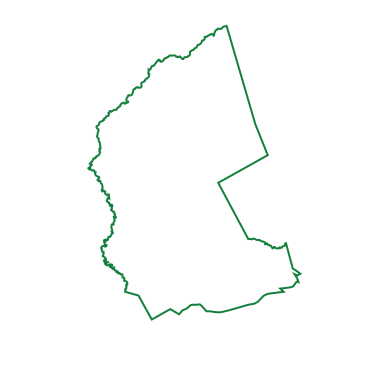 Lavalle, Mendoza, Argentina (Natural Earth projection), rotated 241°
{"feature_id": "61730980B15586340414503", "entity_name": "Lavalle", "entity_type": "district", "adm_level": 2, "iso_a3": "ARG", "parent_name": "Argentina", "parent_adm1": "Mendoza", "projection": "natural_earth1", "projection_center": [-67.695, -32.596], "detail": "fine", "context": "isolated", "style": "outline", "palette": "green", "viewbox_px": 384, "rotation_deg": 241, "n_neighbors": 0, "source": "geoboundaries", "source_scale": "gbopen_adm2", "svg_char_len": 6012}
<svg xmlns="http://www.w3.org/2000/svg" viewBox="0 0 384 384"><g transform="rotate(241 192 192)"><path d="M220.8,280.3L320.6,302.8L320.8,301.2L321.3,300.1L321.2,298.5L320.6,297.4L320.9,296.5L320.7,295.8L322.4,293.8L321.7,292.4L321.9,291.2L321.6,290.6L320.2,288.6L319.0,287.9L318.7,287.2L318.3,287.0L318.3,286.6L319.5,286.7L320.8,285.8L320.7,284.9L321.0,284.0L320.8,282.3L321.1,281.4L320.6,280.9L320.7,280.4L320.9,279.3L321.5,278.4L320.1,277.6L319.4,276.6L319.5,275.8L319.1,275.3L319.4,274.0L318.5,273.3L317.7,271.8L317.3,269.7L317.7,269.2L317.7,268.3L317.0,267.0L316.2,266.0L316.4,263.8L315.5,262.1L315.9,261.0L315.7,259.4L315.8,258.8L315.5,258.2L313.3,256.9L312.6,255.9L312.7,254.3L312.4,253.4L312.9,251.8L313.3,251.5L313.4,250.6L313.2,250.0L312.5,248.9L312.7,248.3L313.3,247.9L316.4,247.2L316.7,246.4L316.4,245.5L316.7,245.0L317.3,244.8L317.9,243.8L319.1,243.7L319.8,243.1L320.7,241.4L320.8,240.8L321.9,239.5L322.1,237.8L321.8,237.4L321.7,236.5L322.0,235.7L321.6,234.7L321.9,233.9L321.8,233.1L322.1,232.9L321.6,231.7L321.0,231.1L321.0,229.8L320.5,229.0L321.2,227.7L322.7,227.8L323.7,227.4L323.7,226.5L323.2,226.3L323.6,225.6L321.0,220.0L321.4,219.3L321.1,218.7L321.5,217.8L319.4,214.9L319.8,213.9L320.2,213.6L319.4,213.3L318.7,212.4L317.7,212.0L317.2,211.4L316.5,211.1L315.8,211.8L313.9,210.4L313.5,209.6L313.3,207.7L313.0,207.4L313.1,205.8L312.0,204.9L312.0,204.1L311.7,203.4L312.0,202.3L311.8,200.5L311.0,199.9L309.2,199.4L308.3,198.3L308.3,197.2L309.0,196.4L309.0,195.9L309.4,195.4L310.1,195.3L310.3,195.0L310.2,194.2L310.5,193.8L310.1,192.2L309.7,191.7L310.1,190.8L309.9,190.4L307.6,188.4L306.3,186.7L306.3,184.6L307.3,183.8L307.4,183.0L306.4,182.0L306.3,181.4L305.3,179.9L304.2,179.0L303.4,178.9L302.5,179.4L302.1,180.0L301.4,179.4L301.8,177.8L301.6,177.3L301.8,176.1L301.9,175.9L303.2,175.8L303.6,174.2L303.2,171.9L302.3,171.4L301.9,170.8L302.1,169.6L301.7,169.1L301.6,167.1L301.1,166.7L300.6,165.5L301.6,163.6L301.3,160.4L302.5,159.9L302.6,159.4L302.4,158.8L301.9,158.4L301.7,157.3L300.7,157.0L300.3,157.2L299.8,156.3L299.1,155.8L299.7,153.5L298.8,152.5L298.9,151.9L298.6,151.5L298.8,150.6L298.5,150.1L297.8,150.0L298.0,149.2L297.3,148.2L297.8,147.1L297.6,144.5L296.2,143.6L295.8,142.9L295.8,141.2L295.5,140.1L293.7,139.8L292.0,140.5L291.4,140.4L289.9,138.9L289.6,138.2L288.1,137.4L286.8,135.8L285.0,135.8L284.2,136.3L281.7,135.1L279.5,135.3L278.4,134.6L276.1,133.9L275.8,133.4L274.8,133.3L274.0,132.4L274.4,131.8L273.0,131.3L272.5,130.7L271.4,131.0L269.8,128.9L269.4,128.0L269.6,125.9L269.0,125.5L268.8,125.0L269.2,124.1L268.4,123.3L269.0,122.2L268.8,121.6L267.8,120.6L267.5,119.8L266.7,118.8L267.0,117.9L266.5,117.4L266.3,116.5L264.8,117.5L264.4,117.5L264.5,116.1L263.6,115.9L263.2,114.9L262.3,114.4L262.6,113.8L263.2,113.6L263.1,112.9L262.7,112.7L261.7,113.0L261.1,113.8L260.9,114.5L259.4,114.8L258.7,116.6L258.3,116.7L257.7,116.8L256.9,116.5L256.1,117.3L255.5,116.5L254.5,115.9L252.6,116.1L250.0,118.0L249.4,117.8L249.1,117.0L248.7,116.8L248.6,115.5L248.3,115.2L246.8,115.5L246.6,116.5L246.0,117.1L243.9,116.5L242.7,116.9L240.8,116.6L238.5,115.5L238.0,115.0L237.8,114.2L237.3,113.9L235.9,113.8L235.8,114.3L236.3,114.9L236.1,115.4L234.7,116.2L234.0,116.3L233.2,115.7L233.1,115.3L232.8,115.2L231.0,115.8L230.5,116.2L230.6,117.6L230.1,118.0L227.1,116.8L227.9,116.6L227.9,116.2L227.1,115.9L227.0,115.6L227.3,115.2L226.5,114.7L226.1,113.4L225.7,113.2L224.6,113.2L223.0,114.4L222.3,113.8L221.4,114.3L220.2,114.1L219.9,113.6L219.2,114.0L219.5,114.8L219.9,114.9L219.8,115.7L219.0,115.7L218.2,115.5L217.4,114.2L216.4,114.0L215.9,112.8L215.1,112.5L213.1,113.9L212.2,113.4L211.5,114.2L210.1,113.6L209.2,113.7L208.5,112.9L208.4,111.6L207.8,111.4L207.1,112.2L207.0,113.1L206.6,113.2L206.4,112.9L206.7,111.5L205.7,110.8L204.5,110.6L203.4,108.6L201.6,107.6L202.5,106.3L202.4,106.0L200.0,104.2L197.3,103.8L196.7,103.3L196.4,102.4L195.3,102.6L194.9,103.1L194.3,102.7L194.3,101.2L193.4,100.4L192.5,98.5L193.0,97.8L193.2,97.0L191.7,96.0L190.9,95.1L191.9,94.0L191.0,93.6L191.1,93.1L191.8,92.3L192.4,92.2L192.4,91.6L191.3,91.1L190.6,91.9L190.3,91.8L190.1,90.8L188.2,90.2L187.1,91.5L186.2,90.8L186.2,90.4L187.2,90.2L187.6,89.7L187.5,89.3L186.9,89.1L187.8,88.2L188.1,87.1L187.4,85.6L186.2,85.2L185.7,85.5L184.5,84.8L183.1,84.6L182.5,85.6L182.2,85.7L181.1,84.6L180.4,84.5L179.9,83.5L179.2,82.9L176.4,84.3L174.8,84.1L174.0,83.6L175.1,82.8L174.8,82.1L174.4,82.4L174.2,82.0L172.9,82.8L172.5,82.4L171.7,84.4L171.3,84.5L171.5,82.5L170.3,81.8L171.4,81.3L170.6,81.2L168.6,82.7L168.7,84.9L167.4,86.7L167.0,86.9L166.5,86.7L166.4,86.2L166.8,85.2L166.7,84.3L166.3,83.9L165.1,85.3L164.2,85.0L163.1,85.5L163.2,86.1L163.8,86.3L164.0,87.0L163.8,87.4L163.0,86.8L161.4,86.4L160.3,87.1L160.0,87.7L158.8,87.0L158.6,87.1L158.6,88.2L158.3,88.5L156.9,88.4L156.6,88.0L156.2,88.5L156.5,89.1L156.3,89.4L154.5,89.7L153.9,91.1L152.7,90.9L151.0,89.8L149.6,91.1L148.5,90.6L147.7,89.8L146.6,90.1L145.7,91.2L144.2,91.5L143.2,90.4L142.7,90.7L142.3,89.8L142.4,89.2L141.7,88.7L141.0,88.8L139.8,88.0L139.7,87.0L139.0,86.8L138.6,85.9L137.9,86.0L137.1,85.2L127.4,95.0L100.0,95.0L100.1,116.2L91.3,121.4L93.1,126.3L92.9,128.6L92.6,129.8L93.0,133.4L93.5,134.5L93.7,135.9L93.3,137.3L92.5,139.1L91.6,140.3L90.0,144.3L87.3,145.4L80.7,146.8L78.8,150.1L75.7,154.1L73.5,157.6L72.9,158.8L70.8,166.2L66.0,186.9L64.1,192.3L64.1,196.5L66.5,204.3L66.3,208.7L60.3,223.8L64.7,222.4L61.1,231.3L60.3,234.8L62.8,239.8L62.6,240.5L61.5,241.4L63.5,241.9L66.0,242.1L70.4,241.9L68.0,243.6L68.0,247.1L74.1,244.3L76.1,243.0L101.7,249.4L101.8,248.8L101.6,248.3L100.4,247.6L100.0,246.9L100.5,245.1L99.8,243.6L100.4,242.9L100.2,242.0L101.0,241.7L100.6,240.6L100.7,240.1L101.1,239.7L102.4,237.8L103.9,237.6L104.1,237.1L103.6,235.3L104.3,235.0L106.5,235.1L107.5,234.0L108.3,233.8L109.0,232.7L110.6,232.8L111.0,232.3L110.6,231.5L110.8,230.7L111.3,230.7L112.0,231.2L113.1,231.1L114.0,230.4L115.2,228.8L117.1,227.9L117.7,227.2L117.9,226.4L118.8,225.3L121.2,223.7L121.6,221.5L123.3,219.3L123.5,218.4L187.3,219.4L187.5,276.1L220.8,280.3Z" fill="none" stroke="#15803d" stroke-width="2"/></g></svg>